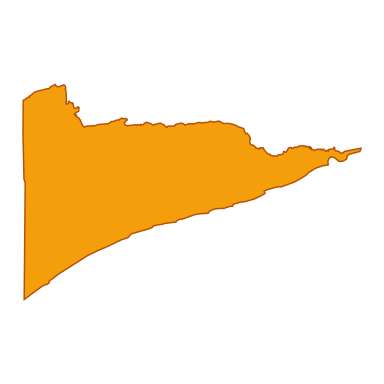 Cook, Minnesota, United States of America
{"feature_id": "52423323B35428884505626", "entity_name": "Cook", "entity_type": "district", "adm_level": 2, "iso_a3": "USA", "parent_name": "United States of America", "parent_adm1": "Minnesota", "projection": "robinson", "projection_center": [-90.193, 47.855], "detail": "fine", "context": "isolated", "style": "filled", "palette": "amber", "viewbox_px": 384, "rotation_deg": 0, "n_neighbors": 0, "source": "geoboundaries", "source_scale": "gbopen_adm2", "svg_char_len": 4525}
<svg xmlns="http://www.w3.org/2000/svg" viewBox="0 0 384 384"><path d="M23.2,100.3L23.0,134.5L24.0,179.1L25.2,183.0L24.2,299.5L42.7,285.8L45.2,284.6L47.1,284.4L48.2,283.6L49.2,282.6L49.1,281.5L49.7,280.8L58.3,274.2L87.5,255.6L98.4,250.3L106.8,246.8L120.7,240.1L128.1,237.5L131.2,233.9L148.5,228.9L152.1,227.5L153.0,226.1L156.6,225.1L162.7,224.2L164.3,223.5L176.1,222.0L176.6,220.8L178.1,220.0L180.2,219.2L181.9,219.2L184.1,218.5L194.5,214.7L198.8,213.8L207.9,213.3L209.9,211.0L213.8,209.2L220.1,208.4L223.5,208.5L229.7,206.4L231.0,206.2L232.5,206.3L233.2,205.1L233.3,204.2L239.7,202.4L246.1,201.4L254.7,198.8L263.6,194.4L265.0,193.3L264.2,191.4L265.8,190.2L277.2,186.8L281.1,186.9L294.3,182.1L302.0,177.8L306.6,174.7L308.3,172.8L315.3,168.3L323.5,165.6L328.1,165.0L328.3,164.8L328.0,163.2L327.9,161.0L328.6,159.5L329.7,157.7L331.3,156.8L334.2,157.5L337.6,160.2L339.3,161.5L342.8,161.2L346.6,159.1L347.0,157.5L347.3,155.7L349.5,154.2L359.6,151.5L360.4,150.7L361.0,148.2L344.5,151.4L343.1,152.7L340.9,153.3L340.6,153.2L339.8,152.2L339.1,151.7L337.8,151.0L336.3,150.9L335.0,150.4L334.6,149.6L334.8,148.7L334.6,147.6L334.4,147.3L334.1,147.4L333.6,147.9L333.2,148.8L332.8,149.2L332.2,149.2L331.2,149.0L328.5,149.6L328.2,149.9L328.4,150.3L328.5,150.8L328.5,151.1L328.4,151.1L328.0,151.1L327.6,150.6L326.7,150.5L326.2,150.8L325.9,151.1L325.5,151.2L325.0,150.9L324.5,150.1L324.2,149.4L322.8,149.3L322.5,150.0L322.0,150.1L321.5,149.9L321.0,149.4L320.9,149.2L320.5,149.0L319.8,149.1L319.2,149.3L318.1,149.5L317.8,149.5L317.7,149.2L317.2,149.2L314.5,150.5L314.2,150.4L313.4,150.0L313.2,149.6L313.0,149.4L311.9,149.4L311.3,149.6L311.2,149.4L311.2,147.7L310.6,147.7L310.1,148.2L309.5,148.4L309.4,147.6L309.7,147.3L310.0,147.4L310.2,147.2L309.9,146.6L309.7,146.5L309.6,146.9L307.9,147.0L307.9,146.7L306.7,146.3L306.2,146.6L305.4,146.7L305.1,146.1L304.0,145.8L300.8,145.9L298.6,146.2L297.4,147.1L296.7,147.3L294.6,147.2L294.1,147.3L293.9,147.5L293.7,148.1L293.4,148.2L291.8,148.4L291.5,148.3L291.2,147.4L288.5,148.0L288.4,148.1L287.9,149.2L286.2,152.1L285.9,152.3L285.4,152.3L284.4,151.6L283.7,151.4L283.5,151.5L283.5,151.8L283.5,152.9L282.7,154.2L282.4,154.3L277.9,155.0L277.3,156.0L276.8,156.2L275.2,155.9L273.9,156.0L271.5,155.6L270.9,155.3L270.2,154.5L269.9,154.3L268.5,154.0L267.6,153.6L266.2,152.2L264.2,149.9L263.8,149.3L263.7,148.6L263.4,147.9L259.9,147.8L259.0,149.0L257.0,148.1L256.0,148.2L254.9,146.6L254.0,145.7L252.5,145.0L252.3,145.0L251.8,145.2L251.5,145.1L250.6,144.4L250.2,143.7L249.8,142.4L249.9,140.7L250.4,138.7L249.5,136.3L247.2,133.3L246.8,133.2L246.6,133.5L245.7,133.7L244.9,132.3L243.8,128.9L242.5,128.1L239.0,127.0L238.3,126.9L236.4,125.6L232.8,124.3L228.9,123.4L223.6,123.5L222.2,123.1L221.9,122.7L221.6,122.5L220.8,122.3L220.0,121.4L219.2,121.3L217.5,121.2L217.2,121.4L216.0,121.8L213.0,122.0L210.3,121.2L207.7,122.5L206.3,122.3L202.7,122.9L201.6,122.9L199.8,122.4L197.8,122.7L193.4,124.0L191.0,123.7L188.9,123.7L185.6,124.9L184.8,124.9L183.7,124.0L182.1,123.2L180.6,123.2L179.5,123.6L176.7,124.0L175.2,124.7L174.9,125.7L173.9,125.9L173.8,126.0L173.6,126.2L173.1,126.3L171.5,126.0L168.5,126.1L167.5,126.4L167.3,127.1L167.0,127.1L165.3,126.5L164.8,126.1L164.6,125.8L164.4,125.1L163.6,124.6L162.8,124.5L160.7,123.2L159.1,123.3L153.0,125.0L151.9,124.5L151.0,123.7L150.0,123.3L147.6,122.6L147.1,122.3L146.6,122.2L145.9,123.0L144.4,123.1L143.8,124.1L143.2,124.5L142.3,124.9L141.7,124.9L140.9,124.3L140.5,124.7L140.5,124.8L140.4,125.0L138.3,124.7L137.7,124.9L137.1,125.4L135.8,124.8L127.1,125.7L125.4,125.0L124.7,124.3L124.2,122.7L127.3,119.9L126.5,118.7L125.0,118.4L124.1,118.7L122.9,118.9L122.6,118.8L122.0,118.1L121.5,118.1L119.7,119.2L119.5,119.8L116.2,120.2L114.1,121.2L113.2,121.4L111.7,121.4L108.5,123.7L98.6,124.5L94.9,125.7L86.6,126.1L84.4,127.1L82.2,125.1L82.2,124.6L80.9,121.8L80.6,120.1L79.7,119.8L79.5,119.5L79.5,119.4L79.1,118.5L78.9,118.0L77.5,117.2L76.7,117.0L76.0,116.4L76.6,115.6L76.6,115.4L76.6,115.2L76.4,115.0L76.0,114.8L75.2,114.9L74.9,114.9L74.3,114.5L74.5,113.8L77.0,112.1L78.7,111.2L78.8,109.0L79.1,107.6L78.7,107.1L78.0,106.8L77.5,107.0L77.0,107.9L74.6,108.3L73.7,107.2L73.0,103.2L71.6,102.7L70.0,102.7L69.7,101.9L69.3,101.3L68.3,101.6L68.3,102.3L68.2,103.4L66.7,104.3L65.9,103.5L66.4,100.2L66.3,96.5L65.8,90.1L65.7,89.8L65.3,89.5L65.2,89.3L65.7,87.6L65.4,86.2L64.4,85.1L63.6,84.9L59.3,86.6L57.5,86.7L56.1,86.0L55.2,84.5L50.6,86.8L48.8,88.7L46.5,88.9L35.2,91.8L29.2,96.4L29.4,97.1L27.4,97.6L25.2,99.2L24.8,99.8L23.2,100.3L23.2,100.3Z" fill="#f59e0b" stroke="#b45309" stroke-width="1.5"/></svg>